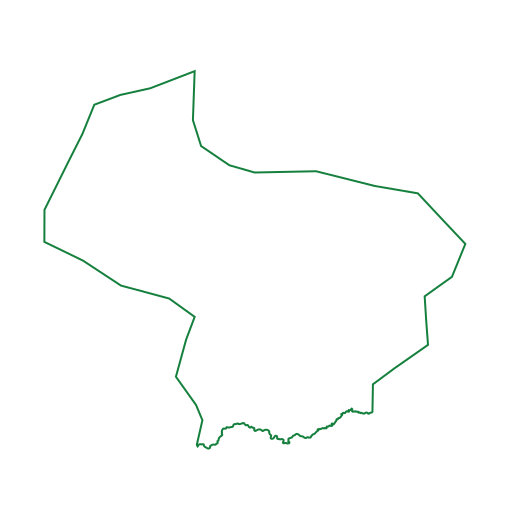 the district of Erdenemandal, Arhangay, Mongolia, rotated 175°
{"feature_id": "93677404B38518016494864", "entity_name": "Erdenemandal", "entity_type": "district", "adm_level": 2, "iso_a3": "MNG", "parent_name": "Mongolia", "parent_adm1": "Arhangay", "projection": "robinson", "projection_center": [101.387, 48.374], "detail": "fine", "context": "isolated", "style": "outline", "palette": "green", "viewbox_px": 512, "rotation_deg": 175, "n_neighbors": 0, "source": "geoboundaries", "source_scale": "gbopen_adm2", "svg_char_len": 5547}
<svg xmlns="http://www.w3.org/2000/svg" viewBox="0 0 512 512"><g transform="rotate(175 256 256)"><path d="M462.7,320.4L465.6,288.5L428.8,266.5L393.1,238.3L346.2,221.2L322.4,200.7L332.9,178.8L346.3,142.7L328.7,112.8L323.7,97.1L331.4,73.1L330.8,71.4L330.5,71.6L330.3,71.8L330.2,72.6L329.8,72.9L329.3,73.1L328.6,73.3L327.7,73.4L327.0,73.1L326.3,73.1L325.5,73.2L324.8,73.0L324.4,72.6L324.4,72.3L324.4,71.7L324.2,71.2L323.9,70.7L323.4,70.2L322.7,69.8L322.2,69.4L321.4,68.8L320.9,68.5L320.4,68.3L319.6,68.4L318.5,69.0L318.4,69.6L318.3,69.9L318.3,70.5L318.1,70.7L317.6,71.0L317.1,71.3L316.3,71.6L315.5,71.9L315.0,71.9L313.9,71.7L313.5,71.6L313.1,71.5L312.6,71.6L312.2,72.1L311.7,72.5L311.4,72.6L310.9,72.7L310.6,72.9L310.5,73.2L310.5,73.8L310.5,74.3L310.5,74.8L310.2,74.9L309.9,75.2L309.6,75.4L309.4,75.7L309.2,76.3L309.1,76.8L309.0,77.5L307.9,78.7L307.2,79.3L305.8,80.0L305.3,80.6L305.2,80.9L305.4,81.5L305.6,81.7L305.5,82.6L305.3,82.9L305.2,83.2L305.4,83.9L305.2,84.6L305.0,85.3L304.6,85.9L303.9,86.7L303.6,86.9L303.4,86.9L302.8,86.9L302.1,86.7L301.4,86.7L300.9,86.8L300.7,87.1L300.5,87.7L300.0,88.0L299.5,87.9L298.8,87.6L298.0,87.4L295.7,87.8L294.9,87.8L294.5,87.9L294.2,87.9L293.8,88.3L293.5,89.0L293.1,89.8L292.5,90.3L291.7,90.4L291.1,90.3L290.0,90.5L289.4,90.6L288.8,90.8L288.0,90.1L287.6,90.0L287.1,90.0L286.5,90.1L285.8,90.1L285.1,90.3L284.7,90.3L284.3,90.5L283.9,90.7L283.6,90.7L283.2,90.7L282.3,90.3L282.0,89.4L281.3,88.8L281.1,88.5L280.9,88.3L280.7,88.2L279.6,88.4L279.4,88.4L279.0,88.2L278.8,88.1L278.5,87.6L278.2,87.1L278.1,86.5L277.8,86.1L277.2,85.7L276.7,85.6L276.4,85.7L276.1,85.9L275.8,86.2L275.6,86.3L275.4,86.3L275.2,86.1L274.4,85.3L274.0,85.2L273.5,85.1L273.0,84.9L272.8,84.6L272.7,84.3L272.7,83.8L273.0,82.9L272.7,82.4L272.5,82.0L272.0,81.8L271.5,81.9L269.0,82.9L268.1,83.0L267.1,82.9L266.5,82.6L266.0,82.3L265.5,81.9L265.1,81.3L264.7,81.1L264.3,81.1L263.8,81.3L262.7,81.9L261.6,82.1L260.9,82.0L260.1,81.8L259.4,81.5L258.6,80.9L258.2,80.3L258.1,79.7L258.3,79.2L258.2,78.4L257.7,77.2L257.3,76.9L256.7,76.0L256.6,75.6L256.7,75.2L257.2,74.0L257.2,73.3L256.9,72.8L256.3,72.5L255.7,72.5L255.0,72.6L254.3,73.1L253.8,73.6L253.0,74.8L252.5,75.1L252.0,75.2L251.4,75.1L251.0,74.8L250.7,74.2L250.7,73.6L250.8,73.2L250.9,72.7L250.7,72.2L250.4,71.9L250.1,71.7L249.0,71.7L248.0,71.2L247.7,71.2L246.9,71.4L246.4,71.4L245.9,71.3L245.4,71.1L244.8,70.6L244.6,70.4L244.6,69.9L244.7,69.4L244.8,68.9L245.1,68.5L245.4,68.2L245.4,67.9L245.4,67.6L245.3,67.4L245.0,67.1L244.5,67.0L243.5,67.1L242.8,67.2L242.0,67.0L241.6,66.7L241.2,66.5L240.6,66.5L240.1,66.5L239.6,66.5L239.2,66.8L239.0,67.2L239.0,67.6L239.3,67.9L239.7,68.2L240.0,68.5L239.7,69.5L239.7,70.8L239.5,71.1L239.1,71.4L238.6,71.5L237.2,71.8L236.4,72.1L235.9,72.3L235.4,72.8L235.1,73.3L234.7,73.7L233.5,74.0L232.9,74.2L231.8,75.0L231.3,75.2L230.6,75.2L230.1,75.0L229.2,74.5L228.7,74.0L228.2,73.3L227.1,72.6L225.9,72.4L225.2,72.1L224.7,71.9L224.3,71.3L223.7,70.9L223.2,70.6L222.7,70.4L222.3,70.4L221.8,70.4L220.9,70.9L220.5,71.0L220.2,71.0L219.8,70.8L219.5,70.6L219.2,70.5L218.8,70.5L217.9,70.4L217.6,70.4L217.4,70.7L216.9,71.2L216.8,71.5L216.6,71.9L216.3,72.1L215.9,72.3L215.7,72.6L215.4,73.0L214.8,73.3L213.6,73.6L212.8,74.1L212.4,74.5L211.8,75.0L211.0,75.7L209.2,76.8L209.0,77.0L208.9,77.2L209.1,77.3L209.5,77.4L209.7,77.6L209.6,77.9L209.3,78.0L208.7,78.1L207.4,78.0L206.9,78.0L206.6,78.0L206.3,78.2L205.8,78.3L205.4,78.4L204.9,78.7L204.6,78.7L204.2,78.7L203.4,78.3L203.1,78.3L202.8,78.4L202.3,78.7L202.1,78.7L201.6,78.3L201.3,78.2L201.0,78.2L200.8,78.4L200.6,78.7L200.5,79.0L200.5,79.3L200.5,79.5L200.2,79.9L200.1,80.0L199.4,79.8L199.0,79.8L198.7,79.8L198.4,80.0L197.9,80.5L197.7,80.6L197.4,80.7L197.1,80.6L196.0,80.1L195.6,80.1L195.2,80.2L195.0,80.3L194.9,80.7L194.9,81.1L195.3,82.0L195.2,82.2L195.1,82.4L194.9,82.5L194.7,82.5L194.2,82.2L194.1,81.9L193.8,81.6L193.5,81.5L193.3,81.5L192.9,81.9L192.5,82.5L191.9,83.1L191.5,83.7L191.2,84.2L190.6,84.5L190.4,84.8L190.1,86.0L189.9,86.3L189.7,86.4L189.0,86.3L188.7,86.3L188.4,86.6L188.4,87.0L188.2,87.2L188.0,87.3L186.9,87.4L186.6,87.6L186.2,87.8L185.9,88.1L185.4,88.5L184.9,89.3L184.6,89.6L184.1,90.0L184.1,90.4L184.4,90.7L184.8,91.0L184.7,91.2L183.9,91.2L183.6,91.2L183.4,91.4L183.2,91.7L183.1,92.0L182.9,92.1L182.5,92.2L181.7,91.8L181.3,91.8L180.9,91.9L180.6,92.2L180.4,92.6L180.2,92.8L179.3,93.3L178.9,93.5L178.6,93.5L178.4,93.4L178.2,93.1L177.8,92.9L177.4,92.8L177.1,92.8L176.9,93.0L176.8,93.3L176.8,93.7L177.0,94.1L176.9,94.4L176.0,94.2L175.6,94.2L175.2,94.4L174.9,94.7L174.3,95.4L174.0,95.6L173.7,95.7L173.2,96.0L173.5,95.6L173.8,95.5L174.0,95.4L174.1,95.2L173.8,94.9L174.3,94.6L174.4,94.4L174.4,94.2L173.8,93.7L173.8,93.1L173.6,92.7L173.3,92.5L173.0,92.5L172.8,92.5L172.6,92.7L171.4,92.4L171.2,92.4L171.1,92.5L170.9,92.6L170.6,92.6L170.3,92.6L170.1,92.4L169.8,92.2L169.4,92.1L168.4,92.0L167.9,92.0L167.6,91.9L167.5,91.7L167.6,91.2L167.4,91.1L167.2,91.0L166.8,91.2L166.5,91.1L165.9,90.8L165.7,90.5L165.5,90.4L165.2,90.5L164.9,90.6L164.3,90.5L163.6,89.9L163.3,89.8L162.8,89.8L162.4,89.6L162.0,89.5L161.7,89.7L161.2,90.0L160.9,90.1L160.0,90.4L159.6,90.4L159.3,90.4L159.0,90.2L158.0,89.2L157.7,89.1L157.4,89.1L157.2,89.1L157.1,89.3L156.9,89.6L156.2,89.6L155.5,89.9L155.1,90.0L154.6,90.0L154.1,90.1L153.6,90.6L153.5,91.3L150.7,118.0L128.1,131.9L92.4,152.5L92.1,175.6L91.5,201.1L78.7,208.7L62.6,218.2L46.4,249.8L66.4,275.1L89.3,304.3L131.6,315.4L188.8,335.2L250.1,339.3L274.6,348.7L301.1,370.3L307.0,396.8L301.0,445.5L346.8,432.3L377.1,428.3L403.9,420.8L418.3,392.7L433.8,367.7L462.7,320.4Z" fill="none" stroke="#15803d" stroke-width="2"/></g></svg>